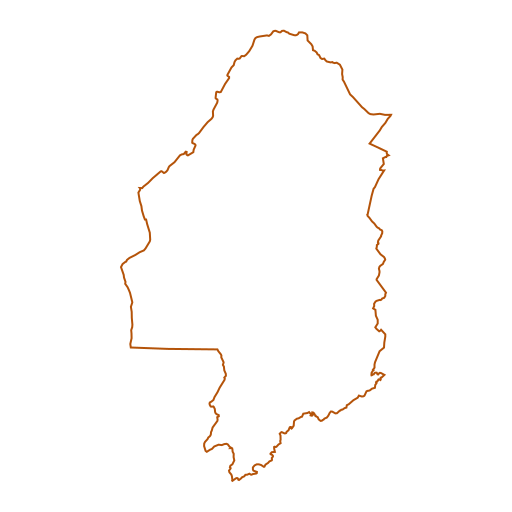 Blantyre, Blantyre, Malawi (orthographic projection)
{"feature_id": "42251766B636776762176", "entity_name": "Blantyre", "entity_type": "district", "adm_level": 2, "iso_a3": "MWI", "parent_name": "Malawi", "parent_adm1": "Blantyre", "projection": "orthographic", "projection_center": [34.952, -15.681], "detail": "fine", "context": "isolated", "style": "outline", "palette": "amber", "viewbox_px": 512, "rotation_deg": 0, "n_neighbors": 0, "source": "geoboundaries", "source_scale": "gbopen_adm2", "svg_char_len": 6047}
<svg xmlns="http://www.w3.org/2000/svg" viewBox="0 0 512 512"><path d="M289.3,33.7L287.8,32.4L286.7,32.2L283.9,30.7L282.0,30.9L280.6,32.2L280.0,32.4L278.7,32.1L275.7,30.8L274.5,30.9L273.3,31.3L271.0,34.4L268.9,35.9L267.0,35.4L259.7,36.5L257.1,37.1L255.5,38.0L254.5,39.5L252.5,45.7L249.2,51.2L246.2,54.7L244.2,56.2L241.8,56.0L241.4,56.2L239.7,58.5L238.5,58.8L237.3,58.6L235.4,60.4L234.5,62.1L233.7,65.2L231.5,67.4L227.5,74.7L227.3,75.3L227.6,75.9L229.1,76.9L229.1,78.1L225.1,83.9L220.8,92.0L219.5,92.3L217.1,91.7L216.5,91.9L216.2,92.5L215.6,97.7L215.7,98.4L217.4,99.5L217.6,100.7L217.2,102.7L213.5,109.6L212.9,111.4L213.1,115.8L212.7,117.1L211.6,118.7L207.7,122.1L203.6,126.9L199.0,133.1L197.5,134.4L196.6,134.8L192.9,138.8L192.4,140.0L192.2,142.5L192.4,143.0L194.7,144.0L195.5,145.0L195.5,145.6L193.7,149.6L193.3,152.2L187.9,155.4L187.3,155.2L186.4,154.4L186.6,151.9L185.7,151.7L183.7,154.1L181.8,154.4L180.0,155.3L174.5,162.2L169.5,166.1L168.8,167.1L167.5,170.2L166.2,171.7L164.6,172.8L163.9,173.0L161.9,171.4L161.3,171.2L160.7,171.4L152.8,178.1L148.1,182.9L143.4,186.6L142.2,188.1L139.8,188.0L140.2,188.5L140.1,189.8L138.4,192.6L139.8,201.1L141.4,206.1L142.0,210.6L143.7,216.3L144.9,219.5L146.1,219.5L147.1,223.9L149.8,232.7L150.2,239.7L149.8,241.4L145.5,248.5L143.9,250.4L139.7,252.2L135.3,255.0L129.5,257.9L127.0,259.9L126.2,261.6L125.6,261.7L122.6,264.0L121.0,267.1L123.7,274.9L124.0,277.5L125.5,281.9L125.2,283.8L127.6,287.2L128.9,290.1L130.0,292.8L132.2,301.8L132.3,302.5L130.9,306.8L131.7,311.9L131.8,317.9L132.4,324.7L132.2,327.2L131.2,330.2L131.5,333.4L131.6,338.2L130.3,344.0L130.8,347.5L167.9,348.9L217.4,349.4L218.4,351.3L220.9,354.4L221.4,355.5L221.3,357.4L223.5,362.0L223.6,362.6L222.9,364.9L223.9,366.6L224.3,370.4L225.8,373.8L225.9,375.8L224.3,377.6L224.8,378.7L224.5,379.9L219.7,387.6L217.5,392.2L214.5,397.1L213.4,400.0L211.4,401.6L209.8,402.5L209.5,403.7L209.8,404.9L210.7,406.5L212.0,406.7L213.2,406.4L213.7,406.8L214.8,409.0L215.1,412.0L215.6,413.2L216.5,414.1L218.7,415.1L218.8,416.3L217.2,417.2L217.6,419.6L217.4,420.9L212.6,427.5L211.8,430.5L211.0,432.2L210.9,434.1L210.5,435.3L209.8,436.3L208.3,437.5L207.5,439.2L205.0,441.9L204.2,443.6L204.1,446.1L205.6,450.9L206.8,451.8L210.1,449.7L212.0,448.9L214.2,446.5L218.6,444.7L221.8,445.1L224.3,444.1L226.5,443.8L227.8,444.4L229.6,446.8L231.4,447.9L231.1,448.1L231.8,448.1L232.4,449.0L232.6,451.6L233.7,453.8L233.6,457.1L234.3,460.4L232.4,464.3L230.4,465.7L229.9,467.3L230.6,468.0L230.6,468.5L229.0,470.6L229.4,472.3L231.3,474.5L231.9,476.2L232.4,480.1L231.8,481.3L235.8,478.4L237.0,478.0L237.8,478.4L238.4,479.8L239.0,480.0L241.3,478.2L242.0,477.3L244.3,476.3L245.4,474.8L247.2,474.7L249.4,473.7L251.0,474.7L251.6,474.7L252.7,474.1L256.3,473.5L256.8,473.1L256.9,471.9L253.8,470.8L253.3,470.5L252.9,469.4L252.9,467.4L254.6,465.4L256.8,464.3L258.7,464.3L261.1,465.0L263.8,466.8L264.4,466.7L265.5,464.6L268.1,462.9L269.4,461.4L271.7,460.4L272.0,459.9L271.8,458.0L272.9,456.6L273.0,456.0L272.3,455.0L270.6,454.2L270.5,453.6L271.8,452.2L274.9,451.9L274.2,448.9L274.1,447.0L274.6,446.7L275.8,447.0L276.4,446.8L278.5,444.5L280.6,443.2L280.2,441.0L280.6,439.8L280.5,435.5L279.7,433.8L280.9,432.5L281.7,432.1L284.5,433.4L285.7,433.3L286.2,433.0L286.6,431.8L288.5,430.3L289.7,427.4L290.2,427.0L290.8,427.0L291.0,428.2L291.5,428.6L292.0,428.2L293.7,425.7L294.0,421.6L294.5,420.5L296.9,418.7L298.7,418.3L300.8,417.0L302.0,416.7L303.3,413.7L307.5,413.0L309.1,412.1L310.9,414.2L311.0,414.9L310.7,415.4L311.6,415.7L312.2,415.6L313.1,414.4L313.2,413.8L312.2,413.0L312.2,412.4L312.9,412.4L314.3,413.5L314.6,414.7L315.6,415.5L315.5,416.1L317.7,417.2L318.7,419.4L320.6,420.9L321.9,420.7L322.5,420.1L323.6,419.6L324.4,418.6L326.8,417.6L328.3,415.7L329.7,412.9L330.9,411.5L332.2,411.6L335.4,413.4L337.0,413.2L339.8,410.6L340.4,410.6L341.3,409.7L342.5,409.6L344.6,408.1L346.4,407.6L346.8,405.2L348.7,404.3L353.4,400.2L357.7,397.7L358.9,395.6L361.8,396.5L363.1,396.4L364.0,396.0L364.5,395.6L366.5,391.3L367.7,390.8L368.9,390.7L370.1,390.2L371.9,388.7L374.9,387.8L375.3,384.8L376.5,383.2L376.6,382.6L376.1,382.3L376.3,381.7L377.4,381.2L378.3,380.2L378.3,379.6L378.8,379.3L379.5,379.3L380.4,380.0L380.7,379.6L380.7,377.7L381.8,377.3L384.4,374.9L381.1,373.1L379.9,372.8L379.3,373.1L378.1,374.5L377.5,374.3L376.7,372.7L376.1,372.6L374.8,372.8L373.7,374.3L373.1,374.3L372.1,375.1L371.5,375.3L371.4,375.0L371.6,372.8L372.6,371.1L373.3,370.4L373.5,370.2L373.0,369.7L374.5,367.7L374.5,364.6L375.0,362.3L379.6,351.2L384.0,347.6L384.3,342.6L385.3,336.6L385.3,334.3L381.1,329.8L380.6,330.5L379.2,331.3L376.4,328.8L375.3,327.3L377.7,323.5L377.7,319.8L375.9,315.8L375.4,309.8L373.1,308.4L374.2,306.1L374.1,303.8L375.5,301.6L376.5,300.9L379.7,299.9L380.3,300.1L381.3,299.7L382.2,298.5L384.2,297.8L385.3,295.9L385.3,294.2L386.0,292.7L376.6,279.9L376.6,279.2L378.9,275.5L379.5,272.4L379.5,271.1L378.9,268.7L379.4,266.9L380.3,265.8L382.9,264.0L383.8,261.8L385.2,259.7L384.9,258.5L384.0,257.0L380.5,254.3L376.3,248.6L376.8,246.9L376.9,245.0L378.4,243.9L378.5,243.2L378.0,242.9L377.9,242.3L378.3,240.5L381.1,236.3L381.1,235.6L382.2,233.3L382.3,231.3L381.7,230.2L380.0,229.5L379.2,228.4L377.6,227.6L376.6,226.7L374.3,223.5L372.0,221.4L369.4,217.8L367.6,215.9L367.3,214.7L367.6,214.5L371.7,195.6L373.6,188.7L374.9,187.2L378.6,179.1L384.1,170.5L383.0,170.6L381.2,170.0L380.1,170.0L380.0,169.1L380.5,168.0L383.8,164.0L382.9,158.3L385.7,156.9L386.3,157.0L386.9,155.9L388.6,155.3L387.1,154.2L386.7,153.0L386.8,151.7L369.6,143.6L379.8,130.4L381.8,127.0L385.3,123.0L387.8,118.8L390.4,116.0L391.0,114.8L385.1,114.9L379.9,113.8L373.5,114.5L370.3,114.1L368.5,113.1L364.3,109.0L362.0,107.2L353.0,97.1L350.1,94.4L344.0,81.7L342.6,79.6L342.7,77.1L342.1,74.1L342.4,69.6L339.9,64.7L336.7,62.7L334.6,63.1L332.9,62.6L332.4,62.1L330.6,62.4L326.8,61.5L325.4,60.2L324.3,58.6L322.1,59.0L320.5,58.0L319.1,55.1L317.5,54.3L316.7,52.5L314.7,50.8L313.0,50.2L312.6,46.4L311.3,44.2L307.6,40.5L307.3,35.3L305.4,33.4L302.3,32.4L299.0,32.4L298.0,34.1L296.9,34.9L295.7,35.3L294.2,35.2L289.3,33.7Z" fill="none" stroke="#b45309" stroke-width="2"/></svg>